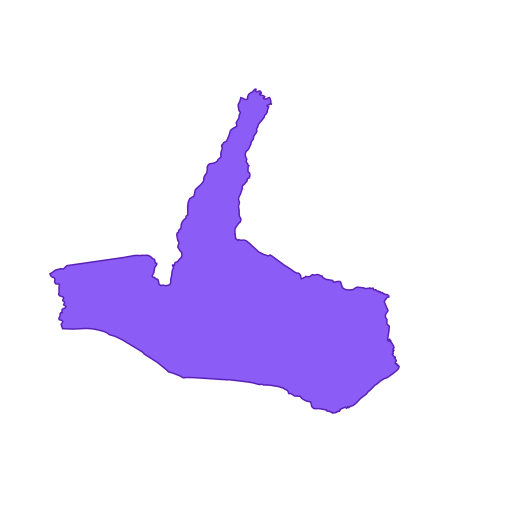 the district of Viqueque, Viqueque, East Timor, rotated 26°
{"feature_id": "22284137B80785204174249", "entity_name": "Viqueque", "entity_type": "district", "adm_level": 2, "iso_a3": "TLS", "parent_name": "East Timor", "parent_adm1": "Viqueque", "projection": "robinson", "projection_center": [126.369, -8.837], "detail": "fine", "context": "isolated", "style": "filled", "palette": "violet", "viewbox_px": 512, "rotation_deg": 26, "n_neighbors": 0, "source": "geoboundaries", "source_scale": "gbopen_adm2", "svg_char_len": 6122}
<svg xmlns="http://www.w3.org/2000/svg" viewBox="0 0 512 512"><g transform="rotate(26 256 256)"><path d="M114.0,406.1L124.0,401.7L134.8,395.7L140.8,393.2L146.6,391.6L153.2,390.4L156.2,390.4L158.6,391.0L164.2,390.0L172.4,389.9L195.3,392.0L197.5,392.5L198.4,393.1L214.2,394.9L225.2,397.5L228.1,398.5L232.9,397.7L240.1,397.1L243.9,397.4L245.0,396.9L245.9,396.1L253.6,392.5L284.7,379.8L285.7,379.1L304.5,372.6L308.7,371.4L314.5,370.3L316.2,369.7L317.0,368.8L319.2,368.6L325.4,365.9L333.9,363.4L337.4,363.0L338.0,362.6L338.7,362.9L343.0,363.1L344.1,363.5L345.5,365.1L346.2,365.3L347.5,364.3L352.1,364.9L357.3,362.7L359.3,363.9L363.3,364.3L365.4,364.2L368.6,363.3L369.8,363.9L371.9,366.7L373.1,367.3L374.8,367.7L376.0,367.4L379.2,365.6L385.8,363.8L387.1,363.7L387.2,364.1L387.8,364.2L390.1,363.5L393.2,363.3L393.1,363.5L393.5,363.6L393.6,363.2L394.2,363.2L396.0,362.1L396.9,361.2L396.8,360.7L397.3,360.2L398.0,359.8L398.1,359.3L399.0,359.0L399.2,357.7L398.9,356.9L401.7,353.6L402.6,352.8L404.0,353.2L404.5,352.3L404.3,351.7L404.4,351.3L404.7,351.1L405.3,351.8L405.7,351.8L406.1,351.2L406.4,350.1L408.8,347.8L410.4,344.6L412.3,338.5L415.8,331.5L416.1,329.5L417.6,325.9L419.5,320.1L421.0,317.7L422.8,313.5L425.1,309.9L426.3,308.9L427.8,306.8L430.1,302.7L432.5,297.7L433.4,295.0L433.1,292.6L431.5,291.8L431.1,292.0L431.0,292.5L430.5,292.3L429.9,291.2L429.5,291.1L428.8,291.6L427.9,291.0L427.7,290.2L428.1,289.0L428.0,288.5L426.0,287.2L425.6,286.1L425.1,286.6L424.4,285.7L423.7,285.7L421.6,284.5L422.1,283.5L421.5,282.8L421.2,281.8L420.8,281.8L420.7,281.3L421.4,280.6L421.1,280.2L420.0,279.9L420.3,277.9L418.8,276.4L415.9,274.5L415.2,274.6L414.4,273.1L413.4,273.1L413.2,273.9L412.8,274.2L412.7,273.8L413.0,272.9L412.9,272.4L412.6,272.2L411.6,273.9L410.9,273.4L408.0,264.1L406.6,260.8L406.2,260.4L404.4,260.1L403.3,259.5L401.6,255.7L399.5,254.5L398.4,253.0L398.1,250.9L398.6,248.0L398.5,247.1L391.6,241.2L391.3,239.4L391.9,236.3L392.1,235.7L393.4,234.5L392.8,233.7L391.2,233.2L389.0,233.8L387.4,233.8L386.9,234.2L386.1,233.6L385.5,233.5L384.9,234.3L384.0,234.2L383.7,233.8L383.3,234.1L382.7,233.8L382.0,234.4L381.1,233.9L380.6,234.4L378.6,234.2L378.5,233.9L376.7,234.7L375.2,233.6L373.2,235.1L372.3,234.7L371.5,235.6L368.7,237.3L367.0,237.4L360.9,239.5L359.8,240.4L358.0,243.6L354.2,246.0L351.0,246.9L349.0,246.9L347.6,246.4L345.8,244.9L344.1,242.8L342.7,242.1L340.8,242.9L337.3,245.5L335.6,244.4L329.1,246.3L325.5,246.1L324.5,245.1L321.8,245.5L320.4,245.3L318.5,246.2L316.9,247.6L314.8,248.0L313.6,250.6L312.6,251.5L309.6,252.6L309.2,253.8L308.4,254.4L308.4,255.1L307.3,255.9L306.9,256.7L306.2,256.4L304.7,254.0L302.8,253.0L301.8,252.8L299.9,253.5L297.9,253.5L291.1,252.4L285.8,251.9L270.0,249.0L268.2,248.9L268.1,249.4L266.9,250.5L262.7,251.2L256.4,251.1L245.3,247.7L241.2,246.7L239.8,246.7L238.1,247.0L235.0,248.7L233.6,248.7L232.9,249.9L230.8,249.3L230.1,249.4L226.1,242.9L225.3,240.7L225.3,238.8L226.0,234.5L226.9,232.5L226.7,230.4L225.7,228.8L223.7,227.6L222.7,226.0L220.6,222.0L218.5,219.1L217.8,215.4L215.5,212.7L215.0,211.5L214.8,210.1L214.9,207.4L214.1,201.3L213.0,199.1L214.4,195.7L214.4,194.5L215.1,193.1L214.5,190.4L215.6,188.9L215.6,187.5L215.0,185.9L214.0,184.3L212.4,183.9L211.6,183.3L209.9,179.5L210.0,177.9L208.8,177.7L208.2,176.9L206.1,175.8L205.5,174.5L205.4,173.2L202.4,170.6L201.3,168.1L201.3,166.5L202.4,163.4L202.4,157.5L201.7,155.5L202.3,152.3L201.5,149.0L202.2,144.6L202.0,143.3L200.7,141.5L201.0,139.3L200.4,136.8L202.5,128.3L202.2,125.1L202.8,124.1L203.0,121.6L202.4,120.2L202.1,116.5L200.6,116.5L200.1,116.1L200.5,115.1L201.6,114.3L202.0,113.1L203.2,112.9L203.2,112.5L201.9,111.7L201.4,110.1L199.0,107.8L198.5,107.7L198.2,107.9L196.5,110.1L195.1,111.2L193.9,111.2L193.5,110.9L194.1,109.5L194.0,108.9L192.3,108.7L189.0,109.3L188.5,109.1L188.0,108.4L188.3,108.0L189.0,108.0L189.4,107.4L188.5,106.4L187.2,105.9L186.3,106.4L184.7,108.3L184.0,108.4L183.1,107.7L183.2,106.6L182.9,106.1L182.6,106.1L181.8,106.9L180.7,110.5L179.7,111.5L178.6,113.8L178.6,116.1L179.0,117.4L179.7,118.3L179.5,118.7L177.5,120.3L175.4,120.0L172.9,120.3L173.7,124.1L173.6,127.6L174.1,128.8L176.9,132.7L179.2,134.0L179.1,136.6L179.6,138.0L180.1,138.7L179.8,145.0L181.5,147.0L181.8,148.2L180.6,149.5L178.3,153.4L178.1,155.0L178.9,159.3L179.2,165.6L177.2,168.5L177.1,170.3L176.6,171.2L176.9,172.4L178.1,173.4L178.5,174.1L179.2,178.7L180.2,181.0L180.9,181.6L181.0,182.3L180.4,184.3L179.7,185.4L179.6,187.7L179.0,189.0L178.3,190.0L177.1,191.2L174.2,193.2L173.5,194.2L173.1,195.6L173.1,197.3L174.3,199.7L175.3,202.7L174.8,205.4L174.7,207.6L175.1,209.3L175.9,211.2L176.0,212.3L175.2,215.8L172.6,222.3L172.5,223.4L173.9,229.0L173.7,229.8L171.4,233.3L171.3,235.4L171.7,238.0L172.7,241.1L176.6,248.8L175.7,250.9L176.4,252.7L175.1,255.6L174.8,257.8L174.9,260.2L176.0,262.9L176.3,264.5L175.5,266.1L175.4,266.9L175.9,268.7L175.1,269.7L175.4,271.6L179.0,276.5L180.4,277.1L181.0,277.7L181.7,282.2L185.2,284.4L187.6,285.5L189.4,288.2L189.4,290.1L188.6,292.4L187.9,295.5L186.2,297.3L186.5,299.2L186.5,300.5L185.2,300.4L185.0,300.9L185.8,301.7L186.2,301.7L186.9,302.7L187.1,305.7L189.0,311.5L189.6,314.5L191.1,317.3L191.1,319.2L190.1,320.6L188.1,322.1L187.4,322.5L185.2,322.9L183.2,324.4L180.7,323.5L180.1,322.3L178.5,320.4L177.1,320.2L176.7,320.6L175.9,320.2L175.1,320.4L174.4,319.7L172.7,320.1L171.7,319.9L171.3,318.4L171.5,315.8L170.0,310.8L170.5,307.6L170.4,306.7L170.0,306.1L168.6,306.4L166.4,303.7L163.9,303.5L161.7,302.8L159.2,302.7L158.2,302.9L152.1,306.0L150.9,306.9L149.5,307.2L146.2,309.1L137.6,315.4L90.5,347.4L90.2,347.7L88.6,352.1L85.9,353.1L81.9,356.6L80.2,360.0L78.6,362.4L80.4,363.9L82.4,364.3L84.3,364.1L84.8,364.4L85.6,365.0L86.1,367.2L86.5,367.8L88.0,368.8L88.9,368.7L90.4,367.8L91.7,367.8L92.3,369.0L92.4,369.9L95.1,375.3L95.1,376.2L95.5,377.1L96.7,377.8L100.5,377.4L101.2,377.7L101.6,378.4L101.5,379.8L102.0,380.9L103.6,381.1L104.4,381.6L104.4,384.2L107.2,384.5L107.4,385.3L106.7,387.3L105.8,387.6L105.3,388.9L105.3,389.7L106.7,391.9L105.5,392.4L105.2,393.4L106.2,396.0L106.1,397.7L106.4,399.0L107.1,399.5L109.8,399.0L111.0,399.7L111.3,400.6L110.8,402.8L114.0,406.1Z" fill="#8b5cf6" stroke="#5b21b6" stroke-width="1.5"/></g></svg>